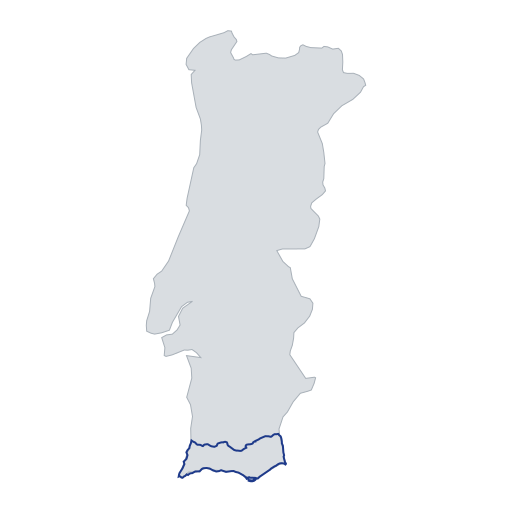 Faro on a map of Portugal (Mercator projection)
{"feature_id": "PRT-745", "entity_name": "Faro", "entity_type": "District", "adm_level": 1, "iso_a3": "PRT", "parent_name": "Portugal", "parent_adm1": "", "projection": "mercator", "projection_center": [-8.165, 37.247], "detail": "fine", "context": "in_parent", "style": "outline", "palette": "blue", "viewbox_px": 512, "rotation_deg": 0, "n_neighbors": 0, "source": "natural_earth", "source_scale": "10m", "svg_char_len": 4667}
<svg xmlns="http://www.w3.org/2000/svg" viewBox="0 0 512 512"><path d="M193.5,48.5L199.8,42.4L206.1,38.4L209.6,36.9L224.0,32.7L227.8,30.7L231.4,31.1L232.0,33.0L234.0,36.9L236.3,39.5L236.9,41.5L231.4,49.7L230.6,52.5L233.5,57.9L234.0,59.4L235.4,60.1L239.3,59.9L246.3,56.5L251.0,53.6L252.6,54.8L266.3,53.2L269.5,54.5L271.7,56.0L278.4,57.9L285.7,58.1L294.8,55.4L298.7,52.6L299.5,49.5L299.7,47.2L300.9,45.7L302.9,44.8L306.1,46.4L310.7,47.6L321.8,48.1L324.0,46.4L327.7,46.9L332.7,49.1L338.4,48.3L341.3,51.0L342.5,54.5L342.8,62.1L342.4,69.8L343.5,72.6L347.4,73.4L353.6,73.3L359.2,75.4L363.6,79.0L365.0,82.7L365.7,85.3L363.5,86.7L360.5,92.2L352.9,99.3L341.9,105.7L333.6,113.7L327.8,123.2L320.7,127.2L318.5,129.4L317.6,132.0L322.3,143.6L323.8,152.5L325.0,163.5L324.2,166.5L323.8,178.6L322.7,182.1L323.0,184.9L324.8,188.0L325.5,190.9L322.3,194.6L316.3,199.0L311.8,202.8L310.6,206.3L310.9,208.5L318.4,216.1L319.8,219.1L318.8,226.6L314.4,238.7L310.3,246.1L309.6,246.8L304.9,248.9L282.3,249.0L276.8,250.6L277.6,252.1L282.9,261.5L288.4,266.6L290.3,267.7L292.3,278.8L301.2,296.3L309.9,298.8L312.9,303.2L312.4,309.3L309.7,316.1L304.4,323.0L298.0,327.8L293.9,332.6L293.6,338.2L292.3,345.3L290.3,350.9L289.8,354.7L305.7,378.4L314.5,377.2L315.6,377.8L314.1,383.4L311.3,390.0L307.9,391.2L300.3,393.3L293.2,401.8L287.4,412.0L283.0,416.9L279.0,429.0L279.5,434.3L281.4,442.3L285.5,463.3L279.7,464.3L256.8,477.9L249.7,478.0L236.5,471.9L213.2,470.0L205.6,468.2L196.1,472.1L188.7,472.0L182.9,477.1L178.7,475.7L183.5,464.4L191.0,442.1L190.7,428.4L192.5,416.5L190.5,404.7L186.7,397.3L191.8,378.1L191.2,368.2L186.5,355.6L200.8,357.6L196.4,352.6L192.0,349.5L187.8,350.2L184.3,350.0L172.1,354.9L166.0,356.4L164.2,355.5L164.9,347.7L161.7,337.6L166.6,334.9L172.3,334.2L177.1,329.9L180.1,325.0L178.5,316.4L182.7,308.2L192.5,301.3L187.4,302.3L181.6,306.6L172.4,322.3L169.4,330.2L161.6,332.8L154.6,334.1L151.0,333.2L146.7,331.2L146.3,325.4L146.7,320.7L149.6,311.4L150.7,298.3L154.9,286.6L154.6,283.4L153.4,278.7L157.1,274.2L161.7,271.1L168.6,261.0L178.3,236.7L189.4,210.9L188.5,207.7L186.2,205.3L187.1,198.3L193.8,167.7L196.6,163.7L199.7,154.7L200.4,140.2L201.7,130.1L201.4,125.1L200.4,119.0L196.1,107.4L191.6,82.7L191.2,74.5L195.0,70.3L188.9,69.7L186.1,64.4L186.7,58.3L193.5,48.5Z" fill="#d9dde1" stroke="#a8b0b8" stroke-width="1"/><path d="M278.3,433.9L278.8,434.7L279.3,435.3L280.5,436.2L280.8,436.7L281.3,438.3L281.7,440.4L281.9,442.2L281.8,443.2L282.9,445.8L283.4,452.5L284.1,455.3L283.6,456.6L284.0,458.5L285.0,462.2L285.2,462.6L285.3,463.0L285.5,463.2L285.9,463.4L285.9,463.9L285.4,464.5L284.3,463.7L282.9,463.3L281.3,463.2L279.9,463.4L278.4,464.0L275.7,465.9L274.6,466.3L270.7,468.8L270.2,469.5L260.0,476.5L257.8,478.5L256.8,478.5L255.8,478.0L254.3,477.8L250.2,477.7L249.1,477.2L248.5,478.2L247.8,478.1L246.9,477.6L246.3,477.2L246.9,478.3L247.1,478.8L247.2,479.5L245.7,477.3L243.3,475.3L238.5,472.6L235.8,472.0L233.6,471.0L231.4,471.1L226.0,471.9L223.7,471.1L221.1,470.2L219.1,471.1L216.2,471.5L213.3,470.4L213.2,470.5L209.6,468.5L206.7,468.0L203.6,468.2L202.6,468.5L201.7,469.1L199.6,471.4L195.5,471.4L194.7,471.7L192.9,472.8L192.1,473.2L191.1,473.2L189.5,473.7L188.0,475.0L186.7,474.4L185.5,475.7L184.9,476.1L184.2,476.3L182.9,477.5L182.2,477.8L181.2,477.4L180.4,476.6L179.7,476.2L178.7,476.6L179.1,474.3L179.5,473.1L179.8,472.6L182.5,468.4L183.5,466.1L184.4,464.1L183.7,461.6L184.9,460.5L186.5,458.8L187.5,455.1L186.9,453.6L186.4,452.3L187.5,450.2L189.4,448.1L189.7,446.0L190.9,443.2L191.5,440.5L192.3,441.1L193.6,441.9L194.6,442.2L195.7,443.1L196.2,443.8L196.9,444.4L197.4,444.7L200.1,444.8L201.9,445.6L202.3,446.0L202.9,446.1L203.3,445.8L203.7,445.3L204.0,444.9L204.5,444.6L207.1,444.2L207.9,444.3L210.5,445.9L211.5,446.3L214.4,446.8L215.6,446.3L216.7,445.8L217.1,445.0L217.2,444.4L217.6,443.8L217.9,443.5L220.5,442.6L221.9,442.3L222.7,442.3L223.4,442.4L224.0,442.0L225.2,441.8L226.8,442.3L227.3,443.3L227.5,444.5L227.7,445.0L228.5,446.0L229.5,446.5L234.2,450.0L236.4,450.6L237.7,450.6L240.2,450.9L240.9,450.9L241.9,450.5L243.5,449.2L245.8,447.9L246.3,447.8L246.3,447.4L245.8,446.7L245.6,446.3L245.7,445.8L246.0,445.2L246.9,444.6L249.1,444.3L250.0,444.3L251.8,443.9L252.7,443.4L253.0,442.8L253.2,442.3L254.3,441.6L255.4,441.5L255.4,440.9L255.9,440.7L256.4,440.5L257.6,439.9L258.0,439.8L258.4,439.5L258.9,439.3L260.1,438.4L265.3,436.2L268.8,436.3L269.2,436.5L270.2,436.6L270.6,436.8L271.2,436.7L271.9,436.2L273.3,434.9L274.6,434.2L276.6,434.2L278.2,433.9L278.3,433.9ZM248.6,480.0L252.1,480.5L253.5,480.0L255.1,478.4L255.2,478.6L255.3,478.9L255.5,479.5L255.1,479.8L255.1,480.0L253.8,480.9L252.1,481.3L250.3,481.2L248.6,480.7L248.6,480.0Z" fill="none" stroke="#1e3a8a" stroke-width="2"/></svg>